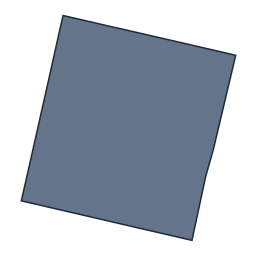 outline of Labette, Kansas, United States of America, rotated 193°
{"feature_id": "52423323B87477610748879", "entity_name": "Labette", "entity_type": "district", "adm_level": 2, "iso_a3": "USA", "parent_name": "United States of America", "parent_adm1": "Kansas", "projection": "albers", "projection_center": [-95.282, 37.192], "detail": "fine", "context": "isolated", "style": "filled", "palette": "slate", "viewbox_px": 256, "rotation_deg": 193, "n_neighbors": 0, "source": "geoboundaries", "source_scale": "gbopen_adm2", "svg_char_len": 420}
<svg xmlns="http://www.w3.org/2000/svg" viewBox="0 0 256 256"><g transform="rotate(193 128 128)"><path d="M40.4,32.9L41.4,98.1L40.0,126.9L39.4,223.0L43.7,223.1L84.7,223.1L114.9,223.1L116.0,223.1L118.3,223.1L168.5,223.0L175.6,223.0L182.9,223.0L184.3,223.0L197.4,223.0L216.6,223.0L216.5,199.0L216.2,163.1L215.6,54.7L215.6,33.0L210.4,33.0L96.1,32.9L40.4,32.9Z" fill="#64748b" stroke="#1e293b" stroke-width="1.5"/></g></svg>